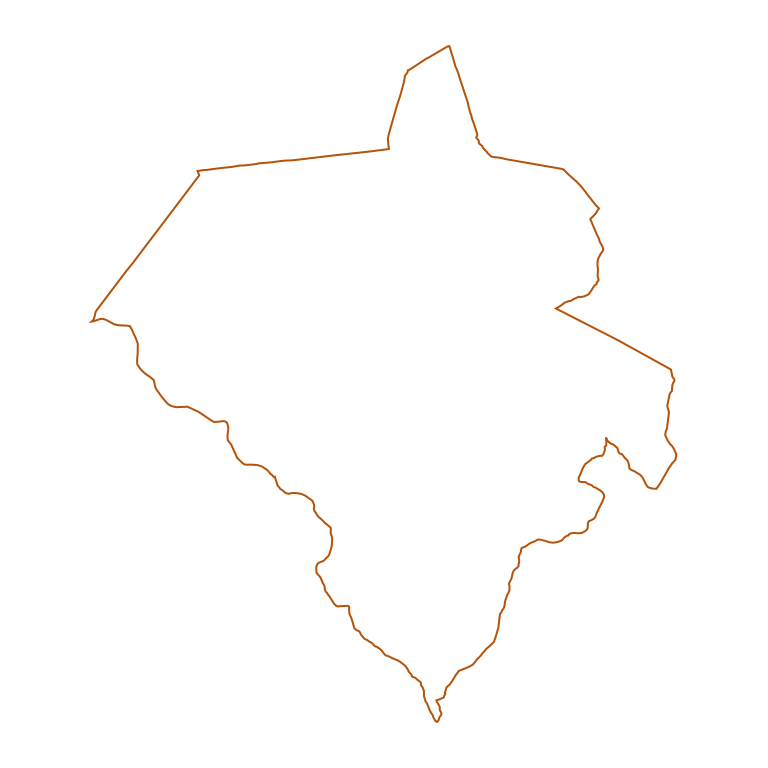 Barna, Timis, Romania (Robinson projection)
{"feature_id": "2599482B99688223143518", "entity_name": "Barna", "entity_type": "district", "adm_level": 2, "iso_a3": "ROU", "parent_name": "Romania", "parent_adm1": "Timis", "projection": "robinson", "projection_center": [22.07, 45.706], "detail": "fine", "context": "isolated", "style": "outline", "palette": "amber", "viewbox_px": 768, "rotation_deg": 0, "n_neighbors": 0, "source": "geoboundaries", "source_scale": "gbopen_adm2", "svg_char_len": 6091}
<svg xmlns="http://www.w3.org/2000/svg" viewBox="0 0 768 768"><path d="M468.3,667.1L472.7,664.7L475.0,662.1L476.6,659.8L480.3,656.1L482.9,652.8L484.3,651.4L486.1,649.0L489.4,646.3L494.0,641.7L496.4,634.5L498.4,627.6L499.4,617.9L499.6,617.9L499.9,614.3L501.5,611.9L502.2,610.2L503.5,608.7L504.1,607.2L504.6,605.3L505.0,601.6L505.3,600.6L506.7,596.4L507.7,594.0L508.4,592.9L509.4,590.4L509.5,587.5L509.4,585.6L508.9,583.9L509.0,583.3L511.5,578.6L512.2,575.1L512.8,572.7L513.5,571.0L515.6,568.8L517.5,567.5L518.4,566.3L518.6,565.2L518.5,564.2L519.0,563.1L519.2,561.2L519.2,559.4L518.6,556.6L520.3,553.3L520.9,551.6L521.2,549.2L521.6,548.1L525.4,546.5L529.6,543.5L531.0,542.8L534.3,541.5L537.9,539.6L539.6,539.5L545.3,540.9L549.5,542.3L553.3,542.7L555.3,542.4L557.6,542.0L561.4,540.6L562.6,539.7L564.2,537.6L567.2,535.6L568.0,535.6L568.4,535.4L568.9,534.5L569.7,533.8L570.9,533.3L574.0,532.9L577.7,533.3L579.6,533.2L582.1,532.8L585.2,531.1L586.3,530.2L587.2,529.1L587.7,527.7L587.9,523.7L588.2,522.3L589.1,521.0L590.9,520.4L594.1,518.6L595.2,517.1L596.9,512.6L597.8,511.0L598.9,508.4L602.2,502.0L604.0,497.2L604.1,496.0L603.9,494.7L602.9,492.9L600.5,490.6L595.7,487.7L593.5,486.9L592.3,485.7L591.0,484.9L587.7,483.8L585.6,482.2L580.9,481.9L579.5,481.5L578.9,481.0L578.7,480.4L578.6,477.7L580.2,474.6L582.6,468.6L584.9,464.4L590.8,459.9L592.1,458.3L593.2,458.3L596.6,456.6L600.3,455.8L602.1,455.8L603.3,454.3L604.9,450.1L604.7,446.7L606.1,445.7L606.3,444.2L606.3,441.9L605.9,437.4L606.9,439.1L606.9,439.8L607.7,441.0L609.8,442.9L611.8,444.1L613.3,444.5L617.4,448.0L618.7,452.6L620.2,453.8L621.9,454.1L625.3,458.5L627.2,460.2L628.3,462.5L628.9,464.9L629.5,468.6L631.4,469.9L635.1,471.7L640.4,475.0L642.5,477.4L646.2,484.9L648.0,487.2L651.8,488.5L656.4,488.8L659.9,483.9L669.0,467.9L672.3,463.2L675.5,459.7L676.4,454.7L674.1,449.2L672.2,446.2L669.8,443.7L667.8,440.7L665.2,435.3L665.8,431.0L666.9,428.8L669.0,412.2L667.3,406.4L667.4,405.0L669.6,394.4L670.6,392.4L671.9,391.1L672.4,384.8L673.6,382.1L674.5,380.7L674.1,378.9L672.6,377.4L670.9,369.5L617.9,340.2L555.9,308.5L560.3,306.0L564.8,302.6L567.1,301.6L570.4,300.9L571.9,300.3L573.3,299.2L579.1,296.7L580.5,297.1L584.2,296.4L588.1,294.6L589.1,293.8L591.0,291.0L593.8,286.4L594.8,285.3L596.6,283.9L596.9,282.2L598.5,280.6L598.6,279.8L597.6,276.2L598.0,269.4L597.5,265.6L597.5,262.9L597.7,260.7L598.2,258.6L598.9,257.2L600.6,254.0L602.7,250.9L603.2,249.7L603.2,248.4L602.6,247.4L602.3,246.0L601.8,245.4L600.1,242.4L599.4,240.6L599.1,239.1L596.5,233.7L590.4,219.3L590.5,218.8L594.6,214.8L596.3,212.8L597.3,210.7L599.0,208.4L595.5,204.9L581.4,186.7L576.7,181.8L568.5,174.5L563.6,169.5L561.9,168.9L505.6,159.1L500.6,157.8L493.0,157.0L491.3,156.6L487.2,152.7L487.1,152.2L483.1,148.1L482.6,147.1L482.3,145.9L480.0,144.3L478.7,142.8L478.9,141.1L478.2,140.0L476.4,138.0L476.3,137.2L476.6,136.3L477.1,135.8L477.3,135.0L477.1,133.7L474.5,125.6L471.8,118.0L471.4,115.7L471.1,115.1L470.0,111.7L468.2,105.1L468.3,104.8L467.8,102.6L459.1,76.3L458.2,73.0L457.2,70.3L455.4,66.4L453.3,58.9L449.3,46.1L447.4,46.5L428.3,57.7L426.5,58.5L409.9,69.5L408.7,70.0L408.1,70.1L407.4,72.5L405.0,75.7L404.0,81.8L400.4,95.1L396.9,105.6L388.9,133.9L387.9,138.3L387.9,139.9L388.9,149.0L370.7,151.4L332.0,155.6L292.8,160.3L283.8,160.7L270.4,162.4L258.5,163.4L256.4,164.0L244.9,165.4L239.2,165.6L232.0,166.9L217.9,168.4L207.7,169.8L202.4,170.2L198.8,170.9L197.6,170.9L199.2,175.4L132.6,263.3L126.5,270.8L116.7,283.7L96.6,310.3L95.7,311.8L94.4,317.2L93.7,319.3L93.3,319.9L91.6,321.6L94.1,321.1L99.9,319.1L102.9,318.8L106.1,319.9L113.9,324.1L118.1,325.2L127.5,325.7L129.9,326.1L131.8,329.4L136.3,339.4L137.8,343.8L137.7,353.5L137.1,359.7L137.1,361.9L137.3,364.4L139.4,367.6L140.7,369.3L144.1,372.7L147.5,375.3L149.5,376.5L153.5,379.8L154.0,380.9L155.2,386.8L156.2,389.1L161.6,396.7L165.6,401.5L167.4,403.4L168.3,404.3L171.1,405.8L172.8,406.4L176.1,407.2L187.4,406.7L198.5,411.8L212.1,421.0L214.4,422.0L216.5,421.9L222.3,421.2L224.3,421.2L225.8,421.7L227.1,423.1L227.6,424.4L228.3,427.6L228.1,430.8L227.8,432.6L227.5,436.5L227.8,440.2L231.2,444.6L235.6,454.2L236.9,457.6L242.4,463.0L244.5,464.4L245.9,464.7L252.2,464.7L257.7,465.1L262.2,466.6L266.0,469.2L267.9,470.7L271.0,474.4L271.7,474.7L274.0,477.2L274.9,476.8L275.2,478.0L277.4,484.9L277.9,486.0L278.9,486.9L280.1,488.7L283.5,491.1L284.7,492.4L286.8,493.4L288.6,493.7L289.9,493.6L291.8,493.0L292.7,492.9L298.0,493.3L301.6,494.0L305.2,495.6L311.8,500.3L312.7,501.3L314.0,504.6L314.3,506.9L313.8,507.9L314.1,510.1L314.5,511.0L315.9,512.9L317.5,515.6L318.7,517.0L322.7,520.5L324.7,522.8L327.6,525.0L330.6,527.7L330.8,528.6L330.7,532.3L331.0,534.5L331.3,534.8L332.0,537.2L332.2,539.4L332.0,543.2L331.8,545.5L330.9,549.2L329.4,554.0L328.7,555.6L323.5,560.9L320.3,562.1L318.4,563.0L317.5,564.0L316.5,566.0L316.2,567.9L316.6,572.9L320.4,577.3L322.9,583.2L324.1,585.1L324.6,586.9L325.1,590.1L325.5,591.2L326.1,592.1L327.1,593.0L327.8,594.4L329.1,595.9L334.1,603.8L336.5,605.9L337.8,606.4L338.7,606.5L339.6,606.2L347.2,605.8L348.3,606.0L349.0,606.7L349.2,608.0L349.1,610.2L349.4,613.2L349.9,615.0L351.1,617.5L352.6,622.1L353.1,624.1L354.4,628.4L356.3,630.0L359.4,631.5L360.3,632.9L360.7,634.2L363.7,637.9L364.8,639.0L367.0,639.9L369.5,641.7L371.4,642.7L372.7,643.7L374.5,646.0L375.5,646.5L377.0,646.9L379.6,648.7L381.4,650.2L385.1,655.0L389.3,656.6L392.5,658.3L397.4,660.2L399.9,661.7L404.1,664.8L405.7,666.4L407.3,668.7L408.4,670.5L408.7,671.7L411.0,674.1L412.0,676.0L411.9,676.4L412.9,677.0L415.3,677.8L417.0,679.5L420.3,681.9L420.9,683.2L421.0,685.2L422.6,687.3L423.1,689.0L423.9,690.6L424.0,696.1L425.4,700.9L425.8,701.8L426.5,702.6L427.2,703.9L429.7,710.2L431.4,713.4L432.8,715.2L433.1,716.6L435.5,721.2L436.0,721.2L437.1,721.9L437.6,721.6L438.5,720.2L439.7,716.8L440.9,715.4L441.3,714.5L441.3,713.6L441.3,712.7L439.9,710.3L439.7,709.2L439.7,707.1L439.4,705.9L436.7,701.6L436.4,700.3L436.7,700.1L438.9,699.6L443.8,697.4L444.1,696.0L445.1,694.5L445.3,693.5L444.7,692.8L445.6,690.7L446.2,688.1L447.2,686.6L449.6,684.7L453.4,679.0L456.2,674.4L457.3,673.1L458.6,671.0L468.3,667.1Z" fill="none" stroke="#b45309" stroke-width="2"/></svg>